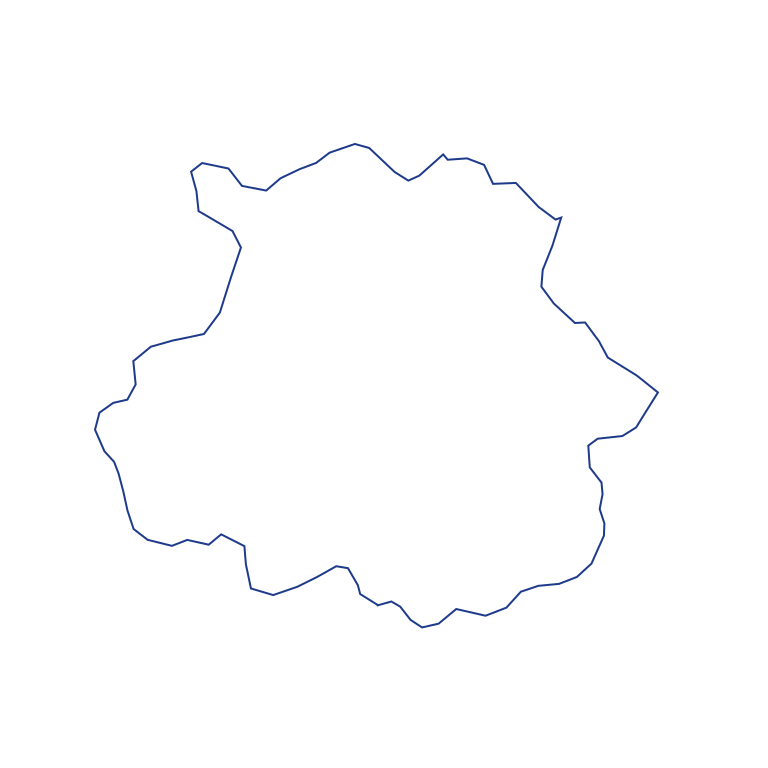 the district of Kinda, Östergötland, Sweden, rotated 114°
{"feature_id": "70781695B68012298271842", "entity_name": "Kinda", "entity_type": "district", "adm_level": 2, "iso_a3": "SWE", "parent_name": "Sweden", "parent_adm1": "Östergötland", "projection": "orthographic", "projection_center": [15.763, 58.024], "detail": "fine", "context": "isolated", "style": "outline", "palette": "blue", "viewbox_px": 768, "rotation_deg": 114, "n_neighbors": 0, "source": "geoboundaries", "source_scale": "gbopen_adm2", "svg_char_len": 1366}
<svg xmlns="http://www.w3.org/2000/svg" viewBox="0 0 768 768"><g transform="rotate(114 384 384)"><path d="M619.4,549.4L622.5,536.5L618.1,511.9L606.5,500.4L602.1,478.8L587.6,471.6L588.9,445.6L604.8,436.9L624.9,422.4L621.9,399.4L604.5,380.7L587.2,366.4L569.9,353.5L566.9,342.0L578.4,326.1L585.6,320.3L588.4,300.2L588.8,299.8L579.7,288.8L580.8,278.6L588.7,263.8L590.9,250.2L580.7,236.6L560.2,226.5L554.4,197.0L538.5,181.2L518.1,174.5L505.6,160.9L495.4,142.8L481.8,129.3L463.7,121.4L457.7,121.4L433.1,121.4L421.8,125.9L410.5,136.1L395.8,139.5L385.6,145.2L376.5,162.1L357.2,172.3L347.1,166.6L334.6,145.1L321.1,136.0L304.1,133.7L280.3,130.3L273.5,156.3L268.8,190.3L257.5,205.0L246.0,225.3L250.6,234.4L241.4,261.6L231.1,279.8L215.2,285.4L189.1,286.4L159.9,289.8L164.0,294.2L159.4,314.7L146.7,345.3L156.8,365.8L143.1,381.7L144.1,399.9L153.2,417.0L150.2,423.3L179.3,436.5L188.3,444.5L186.0,460.5L174.4,493.5L176.6,508.3L194.8,527.8L209.6,535.9L222.1,548.5L238.1,562.2L255.2,570.3L260.8,594.3L250.4,613.7L256.1,640.0L268.5,646.6L284.1,633.8L301.5,623.7L302.9,610.7L305.9,584.6L317.5,570.2L347.9,567.3L385.5,563.0L411.5,568.8L423.1,584.7L430.3,594.8L444.8,612.2L465.1,622.3L485.4,610.7L502.7,612.1L511.4,623.7L525.9,632.3L543.3,629.4L559.2,612.0L564.9,598.9L573.6,590.2L588.0,578.6L603.9,566.9L618.3,553.8L619.4,549.4Z" fill="none" stroke="#1e3a8a" stroke-width="2"/></g></svg>